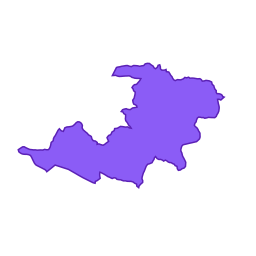 Nova Iguaçu, Rio de Janeiro, Brazil (Natural Earth projection), rotated 41°
{"feature_id": "56859067B7760625819134", "entity_name": "Nova Iguaçu", "entity_type": "district", "adm_level": 2, "iso_a3": "BRA", "parent_name": "Brazil", "parent_adm1": "Rio de Janeiro", "projection": "natural_earth1", "projection_center": [-43.514, -22.696], "detail": "fine", "context": "isolated", "style": "filled", "palette": "violet", "viewbox_px": 256, "rotation_deg": 41, "n_neighbors": 0, "source": "geoboundaries", "source_scale": "gbopen_adm2", "svg_char_len": 4310}
<svg xmlns="http://www.w3.org/2000/svg" viewBox="0 0 256 256"><g transform="rotate(41 128 128)"><path d="M196.6,121.4L196.6,119.3L195.4,117.7L194.1,116.0L191.9,115.0L189.7,114.1L187.7,113.4L186.5,112.6L185.0,111.5L183.1,110.7L182.0,109.6L181.2,108.0L180.5,106.4L180.6,104.5L181.5,103.2L182.4,102.0L183.4,100.6L184.6,98.9L185.9,97.2L187.1,95.5L188.7,93.3L188.9,91.7L189.1,89.3L188.3,87.5L186.8,85.9L185.7,84.7L184.3,84.2L183.0,83.8L181.6,83.1L179.6,82.6L177.8,82.8L176.3,82.4L175.4,80.5L175.4,78.7L174.5,77.1L173.8,74.9L174.2,73.4L175.6,72.4L177.0,71.7L177.9,70.7L179.5,70.3L180.7,68.8L181.8,67.1L183.6,65.8L185.3,64.4L186.7,63.3L187.0,61.3L186.4,59.6L186.2,57.9L185.4,55.6L184.0,53.5L183.1,52.4L181.8,51.4L180.3,50.4L178.4,48.9L176.8,47.6L177.8,46.6L179.7,46.0L180.3,41.6L178.8,42.1L177.6,41.5L175.9,41.6L174.2,42.4L172.6,43.7L171.1,43.2L170.1,41.9L168.0,41.6L166.3,40.7L165.0,39.8L162.9,39.8L160.9,38.4L158.4,39.1L156.8,40.1L155.6,40.9L154.7,42.4L153.3,43.9L151.6,43.4L149.9,43.6L148.3,45.2L146.8,46.1L144.7,47.4L143.4,48.5L142.0,49.8L140.4,49.9L139.3,51.7L137.7,52.5L137.5,54.6L136.2,57.1L134.9,58.1L133.6,59.0L132.5,61.3L131.0,61.6L129.2,61.2L127.5,60.4L125.7,60.2L124.1,59.6L122.0,59.0L120.0,60.3L118.3,58.9L117.7,60.2L116.5,61.4L115.3,62.2L113.7,62.1L112.2,60.5L110.5,59.5L109.6,60.9L110.3,63.0L109.9,65.2L108.3,65.5L106.4,64.8L105.1,65.0L103.5,65.2L101.9,65.2L100.2,66.5L98.9,68.3L98.9,70.6L97.4,72.3L96.3,73.8L94.7,74.6L93.1,75.7L91.2,77.2L90.2,79.5L88.4,80.5L86.8,81.1L85.6,82.1L84.3,83.7L82.7,85.6L81.5,87.4L80.4,88.6L79.6,89.9L81.8,98.7L84.2,96.3L85.8,95.8L87.5,94.9L88.8,93.7L90.4,92.0L92.0,90.4L93.0,89.5L94.6,87.9L96.2,87.3L97.8,87.2L98.9,86.6L100.2,86.1L101.8,85.0L103.5,83.6L105.3,82.3L105.8,84.5L105.8,87.4L105.8,89.5L104.4,91.1L104.2,93.1L104.5,94.9L106.0,95.1L107.9,96.2L109.9,96.2L111.1,97.8L113.1,101.6L113.3,103.9L115.1,105.4L116.7,106.2L118.5,105.6L119.9,105.5L121.1,106.4L119.7,108.2L118.3,109.9L117.6,112.7L116.5,113.5L115.3,114.2L114.0,114.6L112.7,116.3L111.9,117.8L112.1,120.0L113.7,119.2L115.4,119.9L117.4,119.5L119.0,121.3L119.9,122.7L121.5,124.0L123.4,124.3L124.9,124.7L126.4,125.4L128.7,125.5L130.5,126.1L128.8,127.1L127.1,127.3L125.5,129.0L123.3,130.3L121.3,131.7L120.8,133.2L120.1,135.2L118.3,137.2L119.3,139.0L118.5,141.6L119.0,143.0L119.3,144.5L118.4,146.0L118.3,147.6L118.5,149.1L122.1,150.8L121.8,152.3L121.4,154.0L121.1,155.7L120.5,157.4L118.3,158.4L116.4,159.1L115.4,160.6L114.3,159.1L112.0,159.2L110.1,160.4L107.9,159.9L105.9,158.5L104.3,158.7L102.7,159.1L100.8,158.7L98.9,158.8L97.3,158.8L95.4,158.8L93.3,158.0L91.9,156.0L90.5,155.3L88.8,155.0L87.1,155.4L85.9,156.4L85.4,158.1L85.4,159.8L85.2,161.5L84.9,163.0L83.6,164.7L82.4,166.1L81.2,167.3L80.2,169.3L80.9,171.4L81.4,173.0L79.5,173.9L76.7,173.6L76.7,175.6L77.4,178.5L78.1,181.4L78.2,183.1L78.7,184.9L79.9,186.7L79.5,189.3L80.9,191.7L81.7,193.4L82.2,195.3L82.0,196.8L80.7,197.9L79.1,198.8L78.2,200.5L76.2,202.1L75.2,203.1L74.0,204.3L72.4,205.3L71.1,206.5L69.4,207.6L68.0,208.6L65.9,209.3L64.1,209.8L61.9,210.3L60.8,211.4L60.1,213.8L59.4,216.4L61.3,217.6L63.0,217.5L64.5,217.2L65.9,216.6L67.3,215.6L68.7,214.4L70.5,213.3L72.4,212.7L74.0,213.2L75.5,213.8L76.8,214.4L78.2,215.0L80.4,215.9L82.4,216.3L84.2,216.0L85.7,215.6L87.7,215.1L89.6,214.6L91.0,214.3L92.5,213.9L94.1,213.9L95.4,214.3L95.9,211.7L96.2,210.1L97.3,203.8L106.7,199.8L108.1,199.2L110.2,198.3L118.8,196.6L120.5,196.3L123.0,195.8L126.8,195.0L137.6,192.2L139.4,191.3L138.4,189.7L139.2,188.1L139.7,186.0L140.0,184.2L138.2,182.8L136.7,181.2L135.8,179.8L137.0,179.3L138.4,179.0L140.0,178.6L141.6,178.3L142.9,178.1L144.6,177.9L146.5,177.2L147.9,176.9L149.2,176.5L150.1,174.7L151.7,173.8L153.3,174.0L155.0,173.0L156.6,171.8L158.0,171.4L159.5,170.7L160.7,169.6L162.4,168.7L163.9,167.5L165.3,166.3L167.3,165.4L169.3,165.3L171.3,164.7L172.8,166.1L175.2,166.0L174.4,164.5L174.4,162.2L174.8,159.5L173.7,158.1L171.9,157.2L170.9,155.8L169.9,153.7L169.1,151.9L168.6,149.9L167.8,147.7L166.8,144.9L166.6,142.5L167.8,140.7L168.9,138.4L168.4,136.3L168.2,134.6L167.5,133.3L167.5,131.5L170.1,132.0L171.9,131.5L173.4,130.2L175.3,129.6L176.6,129.6L177.3,127.7L179.2,127.3L180.6,127.3L182.0,126.8L183.4,125.8L185.0,125.6L186.7,125.0L188.3,125.5L190.1,124.8L192.0,126.4L193.8,126.9L195.1,125.3L195.5,123.3L196.6,121.4Z" fill="#8b5cf6" stroke="#5b21b6" stroke-width="1.5"/></g></svg>